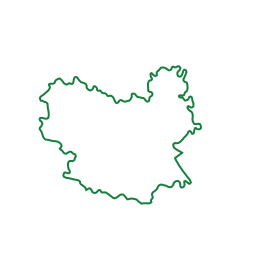 Slutsk, Minsk, Belarus (orthographic projection), rotated 55°
{"feature_id": "67162791B93573624741448", "entity_name": "Slutsk", "entity_type": "district", "adm_level": 2, "iso_a3": "BLR", "parent_name": "Belarus", "parent_adm1": "Minsk", "projection": "orthographic", "projection_center": [27.567, 53.118], "detail": "fine", "context": "isolated", "style": "outline", "palette": "green", "viewbox_px": 256, "rotation_deg": 55, "n_neighbors": 0, "source": "geoboundaries", "source_scale": "gbopen_adm2", "svg_char_len": 5825}
<svg xmlns="http://www.w3.org/2000/svg" viewBox="0 0 256 256"><g transform="rotate(55 128 128)"><path d="M55.5,183.8L56.7,182.5L58.9,181.3L59.9,180.4L61.2,180.1L62.0,180.0L64.7,181.7L66.0,182.4L68.0,183.2L69.4,183.9L71.3,185.0L72.8,186.2L74.0,187.7L73.8,189.1L73.2,190.0L72.0,191.3L70.8,192.2L69.6,193.7L69.5,194.6L70.1,195.4L71.1,195.7L72.0,195.6L72.6,195.3L74.0,195.3L75.3,195.6L76.4,197.3L76.9,198.5L77.2,200.0L77.9,200.8L78.9,201.0L81.3,201.0L83.9,201.7L84.8,202.0L85.9,202.4L87.1,202.6L89.0,202.6L90.2,202.0L91.6,200.6L92.5,199.6L95.1,197.5L96.7,195.6L97.8,194.4L99.3,193.1L100.8,192.5L102.3,192.2L103.8,192.3L104.8,192.9L105.5,194.4L105.7,195.5L106.2,195.8L107.6,195.3L108.3,195.0L111.8,194.8L112.8,194.3L113.6,193.4L113.7,192.4L113.8,190.6L114.0,189.3L115.0,188.1L116.8,187.8L117.8,187.5L119.0,186.5L120.0,186.5L121.4,187.1L122.3,189.0L123.3,190.0L123.5,191.1L123.4,192.3L122.4,193.4L121.7,194.5L121.6,195.8L122.4,197.3L123.4,198.2L126.5,199.8L127.5,200.2L129.0,200.3L130.1,200.5L131.2,201.3L131.2,202.1L130.6,203.2L129.6,203.8L128.6,204.7L128.2,205.4L128.2,206.0L128.8,207.1L129.6,208.0L131.0,208.5L132.3,207.9L133.3,207.2L134.9,205.5L136.8,203.8L138.9,202.0L141.9,199.0L143.5,198.3L144.4,198.1L145.4,198.7L146.3,198.9L147.3,198.8L150.2,197.7L152.2,197.2L154.8,197.8L154.9,195.4L155.3,194.1L156.3,193.5L158.1,193.5L159.8,193.9L161.0,193.5L162.2,192.5L162.7,191.3L162.5,189.8L162.2,188.7L162.2,187.2L163.2,186.4L164.3,186.6L165.4,186.6L166.3,185.7L167.9,183.3L170.2,182.3L174.2,181.0L176.2,180.4L177.5,179.8L178.2,178.7L178.4,177.2L178.3,172.6L178.8,171.3L179.9,170.1L182.2,169.7L186.0,169.5L187.0,167.6L187.4,166.1L188.6,164.7L189.7,163.5L190.8,162.6L192.0,161.9L193.8,161.7L195.8,160.9L197.4,160.6L198.1,159.4L198.8,158.1L200.0,156.4L201.3,154.9L201.9,153.7L202.2,152.4L202.1,151.3L200.5,150.8L200.0,150.0L199.7,148.5L199.2,147.6L198.1,147.1L197.1,146.9L195.6,146.0L195.0,144.6L195.0,142.4L194.7,139.8L194.1,138.3L193.3,137.3L192.8,135.5L193.0,133.9L194.2,132.3L195.6,131.3L196.8,130.2L198.1,129.4L199.4,128.7L200.7,127.4L201.2,126.3L201.1,125.2L200.5,123.3L199.5,122.5L199.0,120.9L199.1,119.3L199.8,117.7L200.9,117.0L202.1,116.8L203.7,117.3L204.5,117.9L206.0,118.6L207.2,118.5L208.0,117.3L208.0,115.8L207.4,114.8L206.6,113.9L205.3,113.4L204.1,112.6L204.2,111.4L205.3,111.0L206.9,110.6L208.7,109.9L209.1,109.0L208.7,107.8L206.8,107.2L205.0,107.1L202.6,107.4L194.3,107.7L187.5,107.6L181.3,107.1L179.6,106.7L179.4,97.9L177.8,98.5L174.1,100.4L171.1,101.5L170.4,101.5L169.0,101.2L167.4,100.3L167.1,99.3L167.2,98.2L168.0,97.6L169.2,95.3L169.3,93.5L169.1,91.7L168.7,90.0L168.2,88.5L167.8,86.2L167.5,84.6L166.9,82.6L166.5,81.9L165.7,80.7L165.8,79.2L166.9,78.7L167.5,78.7L168.6,78.8L169.6,78.7L170.0,77.7L169.7,76.8L168.8,75.9L166.6,73.4L166.7,72.6L167.6,72.2L168.7,71.9L169.5,71.1L170.1,70.0L170.1,68.6L168.8,67.5L167.4,67.0L166.0,66.9L164.9,67.9L163.8,70.2L163.1,71.1L162.0,71.4L159.5,71.1L157.7,70.1L156.2,68.8L154.2,67.3L152.6,66.8L151.4,66.7L150.2,67.0L149.1,67.6L148.1,67.8L147.3,67.9L145.4,67.6L144.8,67.0L144.6,66.1L145.4,65.5L147.3,64.8L147.8,64.0L147.9,63.3L147.9,62.2L146.2,60.8L145.2,60.2L143.2,59.8L142.0,59.2L140.4,58.5L139.0,58.2L138.0,58.8L137.8,60.1L138.3,61.0L138.9,61.8L139.1,63.2L138.6,64.8L138.2,65.5L136.8,65.7L134.5,65.8L133.9,66.3L133.6,67.0L132.9,67.8L132.1,68.2L131.1,68.0L130.9,67.2L131.2,66.3L131.8,65.6L132.4,65.0L132.8,64.4L133.1,63.4L132.7,62.5L131.6,61.0L131.5,58.8L130.9,57.8L129.7,56.5L128.7,55.8L126.0,54.3L124.7,53.9L123.4,54.4L122.7,55.1L122.0,55.3L120.6,55.2L119.6,54.3L119.3,53.3L118.3,52.0L117.8,51.1L117.2,50.0L115.7,48.0L114.4,47.5L113.6,47.6L112.5,48.5L112.8,49.7L113.7,50.8L114.3,51.7L115.4,53.3L115.8,54.2L115.9,55.4L115.4,56.4L114.6,57.0L113.8,57.2L112.2,56.7L110.9,55.6L110.4,54.1L110.2,52.7L109.7,51.5L109.0,50.7L107.0,50.7L106.2,51.4L105.9,52.5L105.7,54.1L105.2,54.9L103.6,55.8L103.4,56.5L103.6,57.5L104.3,58.2L104.7,59.0L104.8,59.9L104.6,60.9L104.0,61.6L100.7,62.9L99.4,63.6L98.4,64.7L97.5,66.6L97.8,67.3L98.0,68.5L98.5,69.7L98.5,71.3L99.0,72.6L99.5,73.0L100.4,73.6L101.4,74.1L101.3,74.9L101.1,75.7L100.6,76.2L99.4,76.7L98.3,76.9L97.3,77.0L96.6,77.2L96.5,78.1L96.9,78.8L98.4,79.6L99.5,80.0L100.9,79.9L101.7,80.3L102.2,81.3L102.0,82.1L101.5,82.9L101.5,83.7L102.1,84.8L103.0,86.0L103.8,86.8L107.4,88.9L109.2,90.1L109.9,89.9L111.0,89.4L111.8,88.5L112.6,88.2L113.6,88.2L114.7,88.9L115.2,89.9L115.2,90.9L115.2,92.2L115.4,92.9L116.3,93.6L117.0,94.3L117.9,95.4L117.9,96.0L117.3,97.2L116.4,97.6L115.6,97.8L113.5,97.8L112.4,98.1L111.2,99.4L109.6,100.8L108.2,102.4L106.2,102.7L104.9,102.8L104.0,102.9L103.3,103.5L102.5,104.3L102.4,105.2L103.1,106.1L104.1,106.7L104.8,107.3L105.4,108.4L105.7,109.0L106.0,109.9L106.3,110.7L106.1,111.9L105.7,112.7L105.4,113.6L105.0,114.8L104.3,115.8L103.0,116.8L102.0,117.1L101.4,117.4L100.8,118.4L100.7,119.4L100.9,120.0L101.5,121.3L101.4,122.0L101.0,122.9L100.2,123.5L98.8,123.4L96.5,122.9L95.4,122.7L94.6,122.7L93.1,122.9L92.2,123.2L91.3,124.1L90.4,126.0L89.7,126.3L88.7,126.3L87.8,126.4L86.7,126.7L86.3,127.0L85.5,128.1L84.8,128.7L83.8,129.2L82.8,129.2L82.0,129.2L81.4,129.3L81.0,129.7L80.8,130.5L80.4,131.1L79.3,131.5L78.9,131.4L77.8,130.7L76.6,130.6L75.6,130.9L74.6,131.3L74.3,131.9L74.5,132.6L75.5,134.0L75.9,134.9L75.9,136.3L75.7,137.3L74.2,138.4L72.5,138.8L71.6,138.8L70.7,138.4L69.7,137.6L67.9,137.3L66.9,137.8L65.7,138.3L64.8,139.2L63.5,140.2L62.2,140.4L61.2,140.7L58.7,140.6L57.3,140.7L56.2,141.6L56.0,142.6L56.6,143.9L57.6,145.0L58.7,146.0L59.7,147.2L59.8,148.5L59.0,149.4L57.7,150.4L57.4,151.3L57.6,152.3L56.9,153.7L55.7,154.4L54.5,154.8L51.2,154.8L48.2,155.6L47.6,157.4L47.5,159.9L48.0,161.0L48.7,161.7L49.0,162.9L48.7,164.1L47.1,166.4L46.9,167.5L47.5,168.2L48.5,168.2L49.7,168.5L50.7,169.6L51.3,170.9L51.7,173.0L51.9,175.0L52.2,177.8L52.2,181.2L52.7,182.8L54.0,183.4L55.5,183.8Z" fill="none" stroke="#15803d" stroke-width="2"/></g></svg>